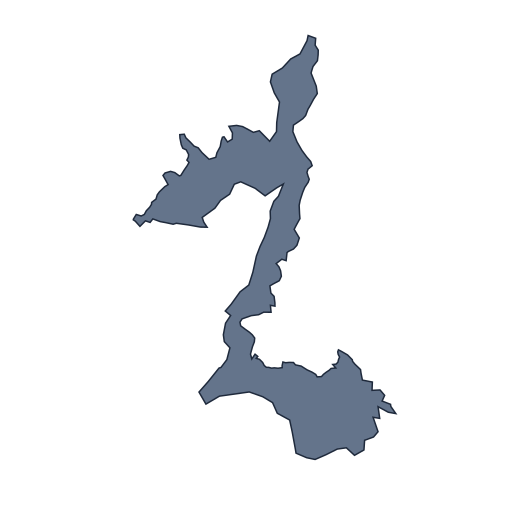 Choli, Paphos, Cyprus (Mercator projection), rotated 262°
{"feature_id": "46923920B7711307897542", "entity_name": "Choli", "entity_type": "district", "adm_level": 2, "iso_a3": "CYP", "parent_name": "Cyprus", "parent_adm1": "Paphos", "projection": "mercator", "projection_center": [32.456, 34.982], "detail": "fine", "context": "isolated", "style": "filled", "palette": "slate", "viewbox_px": 512, "rotation_deg": 262, "n_neighbors": 0, "source": "geoboundaries", "source_scale": "gbopen_adm2", "svg_char_len": 3361}
<svg xmlns="http://www.w3.org/2000/svg" viewBox="0 0 512 512"><g transform="rotate(262 256 256)"><path d="M308.9,139.5L307.3,141.3L301.5,145.2L306.2,151.4L304.0,155.8L307.1,159.0L303.4,165.9L301.6,171.3L299.0,178.4L299.5,181.7L296.2,193.3L292.4,204.9L291.3,211.6L296.8,209.0L301.7,208.1L309.1,222.0L316.0,228.6L320.9,238.5L330.1,244.5L331.6,251.2L323.2,264.5L314.3,273.4L320.6,285.9L323.5,293.1L312.0,286.5L307.7,281.3L298.5,276.3L291.0,275.5L282.9,272.0L273.2,266.8L264.8,261.3L255.9,256.4L240.3,250.6L228.2,244.8L222.8,235.3L211.6,224.6L205.8,217.9L200.6,222.6L193.7,216.5L182.5,212.7L175.6,212.7L168.7,217.4L157.4,212.7L150.5,205.8L150.2,203.8L138.4,191.3L129.2,180.6L116.3,185.8L122.3,200.3L122.3,222.3L122.3,230.4L115.7,243.1L108.5,252.0L97.3,255.2L88.9,266.5L79.3,267.2L76.3,267.4L59.4,268.1L55.2,268.2L49.2,278.1L46.3,286.2L49.3,297.0L49.5,297.7L53.5,309.6L53.5,318.8L44.9,325.8L48.9,335.9L58.4,337.9L60.4,347.2L65.0,352.4L80.0,349.5L78.0,355.9L89.8,355.9L82.9,365.2L80.5,372.5L88.2,368.6L89.9,368.6L90.4,368.6L94.8,360.7L100.1,364.0L106.1,360.2L106.8,352.2L115.0,353.7L118.3,344.1L125.3,343.7L129.0,343.7L135.1,338.9L138.2,337.0L139.9,336.9L145.3,332.9L149.6,327.4L151.6,324.6L149.7,323.6L147.1,323.7L144.3,324.7L142.2,323.4L139.4,322.3L137.8,320.2L137.9,316.9L134.0,319.4L134.2,314.7L132.7,312.6L131.5,310.1L131.0,309.1L129.4,306.3L127.5,304.1L127.6,302.3L127.8,299.7L130.4,298.7L133.3,295.2L136.1,290.8L140.7,285.4L142.7,279.9L145.3,278.3L146.0,274.3L146.2,270.4L147.3,267.9L143.8,266.6L141.8,266.4L141.8,262.2L142.7,258.6L142.8,255.7L144.0,253.0L144.3,250.8L146.4,248.9L149.6,247.8L153.2,245.1L154.6,242.0L156.3,243.8L158.9,241.4L154.6,237.5L159.6,236.9L162.3,238.0L166.7,239.9L171.2,242.4L174.9,243.3L178.4,241.4L181.4,238.9L184.8,235.3L189.0,231.1L192.7,230.9L195.7,233.5L197.6,243.0L197.5,250.5L199.3,255.8L198.2,263.1L205.2,263.4L203.7,267.8L207.0,268.2L213.5,268.3L217.2,265.6L224.5,265.6L226.0,269.3L228.3,275.6L232.4,278.3L237.9,278.3L242.1,277.2L245.7,274.9L249.2,281.1L247.2,285.2L255.1,287.2L256.0,288.7L257.7,294.1L260.9,298.0L267.8,301.4L277.1,297.5L280.9,300.2L286.0,304.0L286.8,304.7L291.7,305.0L300.2,305.8L305.1,307.5L312.5,311.1L317.1,313.8L321.7,317.9L324.6,319.4L327.6,318.7L331.7,318.1L334.8,319.6L337.6,324.2L342.0,323.3L346.9,320.1L354.1,316.2L363.3,312.5L374.0,309.8L380.4,311.3L383.2,317.1L385.5,321.5L388.2,324.7L394.1,327.9L397.6,330.7L403.2,334.8L408.3,339.3L415.8,339.3L429.5,336.0L431.8,337.0L435.7,338.8L440.8,344.0L446.5,345.5L451.2,346.3L456.5,343.9L463.3,345.4L467.1,338.3L462.1,336.5L450.0,327.7L446.3,317.8L438.5,308.3L433.8,297.3L426.4,294.5L415.0,296.8L405.2,300.7L385.3,295.1L376.3,293.6L367.7,285.5L379.6,276.7L378.8,270.6L381.8,266.6L386.0,260.8L388.0,255.0L388.2,247.2L381.2,249.8L375.0,248.7L372.9,243.7L378.5,240.9L378.3,239.3L374.6,237.5L369.3,235.8L363.7,231.7L359.3,229.9L358.3,223.0L365.9,216.9L371.2,213.8L373.4,210.0L377.9,206.8L382.8,203.0L386.6,201.9L386.8,197.4L383.3,197.1L376.6,197.5L372.9,198.5L370.8,201.7L365.9,203.4L363.4,202.8L360.6,200.9L358.0,202.7L355.0,200.4L351.2,196.9L346.3,192.8L346.0,191.2L349.9,187.2L351.7,183.2L350.9,177.5L348.7,175.1L343.9,177.0L338.9,178.9L337.4,175.4L333.1,169.4L330.3,166.7L326.3,164.9L323.6,160.1L321.7,159.7L319.2,157.6L316.1,153.7L312.7,151.2L311.6,147.9L313.8,143.2L309.7,139.8L308.9,139.5Z" fill="#64748b" stroke="#1e293b" stroke-width="1.5"/></g></svg>